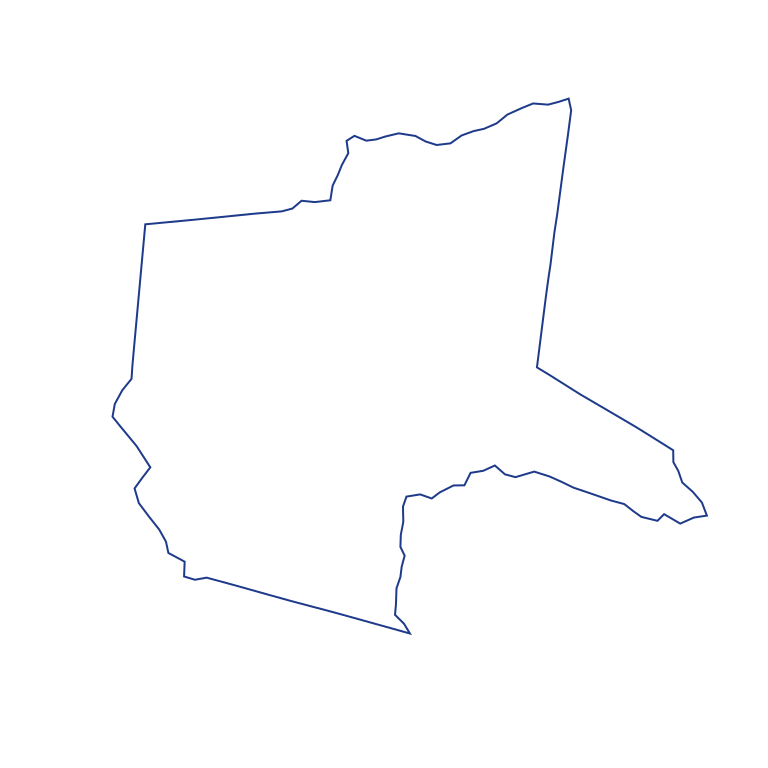 the district of Moreno, Pernambuco, Brazil, rotated 340°
{"feature_id": "56859067B71614390474260", "entity_name": "Moreno", "entity_type": "district", "adm_level": 2, "iso_a3": "BRA", "parent_name": "Brazil", "parent_adm1": "Pernambuco", "projection": "mercator", "projection_center": [-35.132, -8.15], "detail": "fine", "context": "isolated", "style": "outline", "palette": "blue", "viewbox_px": 768, "rotation_deg": 340, "n_neighbors": 0, "source": "geoboundaries", "source_scale": "gbopen_adm2", "svg_char_len": 1534}
<svg xmlns="http://www.w3.org/2000/svg" viewBox="0 0 768 768"><g transform="rotate(340 384 384)"><path d="M642.4,618.1L642.2,604.1L637.3,591.0L630.6,578.6L630.8,566.4L629.2,556.4L633.1,545.2L606.3,510.9L587.7,488.4L564.8,460.8L542.1,431.5L533.4,420.7L564.4,360.4L570.3,349.1L575.4,339.5L581.4,328.5L596.2,299.4L604.9,283.6L627.6,240.1L641.8,213.3L653.5,190.8L655.1,179.0L644.4,178.6L633.7,177.6L620.1,171.4L608.4,171.8L592.2,173.0L579.0,177.6L565.2,178.4L554.7,177.0L541.9,177.0L528.8,180.6L515.2,177.4L506.1,170.4L498.4,161.7L483.6,153.5L469.9,151.9L460.3,151.5L450.6,149.3L441.1,140.7L432.0,142.7L429.4,154.9L419.4,163.7L412.1,171.8L403.6,180.0L396.4,193.0L381.2,189.4L369.2,183.6L357.9,187.8L346.9,186.8L320.4,179.6L258.0,163.7L214.3,152.3L163.1,261.0L154.0,280.4L148.5,292.8L135.9,300.4L124.2,310.7L117.7,321.9L121.2,332.1L130.3,357.8L135.9,382.4L125.2,389.2L113.9,396.8L112.9,412.1L117.7,427.9L123.0,443.9L125.2,457.6L123.6,469.0L135.9,482.8L130.3,496.5L139.4,503.3L151.1,505.3L173.8,521.3L202.2,541.7L221.4,555.4L262.7,584.2L323.0,627.3L320.8,616.1L315.4,604.7L319.8,595.3L325.9,580.2L333.4,571.0L338.2,561.6L344.7,552.4L343.7,542.7L348.2,531.5L355.0,520.1L359.9,505.7L366.6,497.5L380.2,500.1L389.7,507.9L399.4,504.9L414.6,503.1L424.9,506.7L435.0,497.1L447.6,499.5L460.3,498.5L466.8,510.3L475.7,516.5L495.2,517.7L507.9,527.5L517.8,537.1L526.6,546.2L542.1,558.6L557.3,571.0L568.7,579.0L574.8,588.8L580.4,596.9L594.2,606.1L602.7,602.1L614.6,616.5L629.6,615.5L642.4,618.1Z" fill="none" stroke="#1e3a8a" stroke-width="2"/></g></svg>